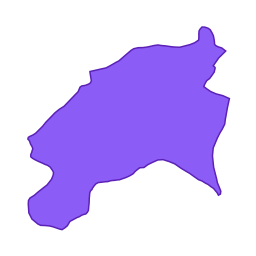 Matagi, Tuvalu, rotated 274°
{"feature_id": "33948139B17363749661168", "entity_name": "Matagi", "entity_type": "district", "adm_level": 2, "iso_a3": "TUV", "parent_name": "Tuvalu", "parent_adm1": "", "projection": "natural_earth1", "projection_center": [178.689, -7.484], "detail": "fine", "context": "isolated", "style": "filled", "palette": "violet", "viewbox_px": 256, "rotation_deg": 274, "n_neighbors": 0, "source": "geoboundaries", "source_scale": "gbopen_adm2", "svg_char_len": 2333}
<svg xmlns="http://www.w3.org/2000/svg" viewBox="0 0 256 256"><g transform="rotate(274 128 128)"><path d="M164.4,227.1L166.9,220.3L168.2,213.4L170.2,207.8L172.4,204.1L174.6,200.7L177.3,201.6L180.7,203.2L183.1,206.0L186.9,208.4L189.8,210.1L193.5,210.7L194.5,210.6L196.0,208.7L204.2,213.6L211.6,220.1L214.4,215.9L215.2,212.5L216.3,209.8L217.6,208.5L219.5,208.3L222.0,207.8L226.1,206.7L228.9,205.1L231.7,203.2L233.1,201.0L234.0,197.6L233.9,194.8L231.8,193.1L229.8,192.1L226.9,192.1L223.2,192.4L220.6,192.3L217.6,188.4L215.5,184.0L212.2,174.1L212.0,169.5L212.1,165.4L212.5,160.4L212.6,155.7L212.9,152.0L212.1,148.3L210.2,141.9L209.3,137.5L208.8,132.5L207.5,128.2L205.6,125.6L200.5,120.4L194.3,114.2L192.5,111.2L190.5,108.3L189.1,106.2L186.4,101.9L185.2,97.7L183.9,93.4L181.7,86.1L179.9,86.4L176.1,87.3L172.7,88.1L170.5,87.5L169.1,85.7L167.6,82.6L166.7,78.9L165.4,77.3L160.7,75.7L157.8,73.2L145.2,62.7L141.8,58.1L138.1,54.1L134.0,50.7L128.1,45.7L123.6,42.6L116.2,36.1L114.3,33.5L112.8,30.7L111.7,29.2L109.9,28.9L109.2,29.8L108.0,30.7L105.0,32.0L102.9,33.5L100.7,34.5L98.8,34.0L96.8,33.6L94.9,32.9L92.5,33.0L91.1,34.9L89.8,37.6L88.5,40.8L87.0,45.0L85.8,48.1L85.2,50.3L83.6,53.1L82.0,54.3L80.5,55.6L78.5,56.8L75.5,56.6L71.4,55.2L65.6,51.3L61.9,47.2L57.7,42.6L54.2,39.1L51.3,35.1L48.8,33.8L45.3,33.8L36.4,35.0L30.5,38.5L26.0,44.7L24.8,47.6L24.9,51.5L24.9,53.8L24.8,56.6L24.3,59.7L23.2,63.9L22.4,66.8L22.0,69.3L24.1,72.1L26.2,74.3L30.8,76.6L35.2,83.5L36.1,85.6L37.8,87.9L38.7,90.0L39.3,91.9L41.0,93.3L42.9,94.2L43.1,94.2L44.7,94.3L46.9,94.3L49.0,94.4L51.5,94.4L54.1,94.3L57.2,94.3L60.9,94.4L63.0,95.2L64.2,96.4L65.4,96.7L67.7,98.1L70.0,99.8L71.5,102.2L71.7,103.4L72.8,109.1L73.1,111.6L74.1,114.1L74.5,115.8L74.8,118.1L75.5,121.1L75.7,122.9L78.2,128.8L79.2,130.8L80.2,132.6L81.7,134.9L83.0,136.6L84.4,137.5L85.9,138.9L87.4,140.5L88.7,142.1L89.1,142.2L89.7,146.7L92.8,150.3L95.3,154.6L98.2,160.0L98.9,165.2L98.0,168.8L97.4,171.4L95.4,177.3L91.5,183.8L89.2,188.3L87.1,192.6L84.0,197.6L81.3,202.1L80.4,205.3L78.3,209.3L77.3,211.8L75.2,214.9L73.7,217.6L71.3,219.8L69.7,221.4L67.3,222.9L68.5,224.8L71.4,225.0L75.8,222.9L79.6,221.0L83.2,220.0L85.6,219.2L94.7,216.2L106.1,214.2L114.1,214.4L124.2,217.8L129.2,219.9L133.5,222.1L138.6,224.2L143.4,224.5L149.0,225.1L155.5,225.8L164.4,227.1Z" fill="#8b5cf6" stroke="#5b21b6" stroke-width="1.5"/></g></svg>